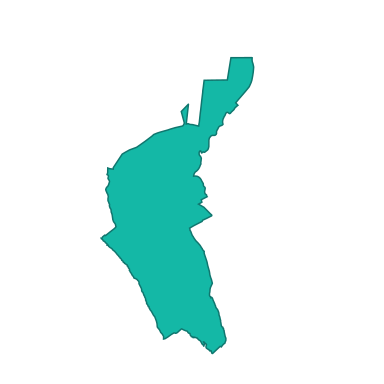 outline of Santa Cruz Tlaxcala, Tlaxcala, Mexico, rotated 22°
{"feature_id": "50627088B88725263381209", "entity_name": "Santa Cruz Tlaxcala", "entity_type": "district", "adm_level": 2, "iso_a3": "MEX", "parent_name": "Mexico", "parent_adm1": "Tlaxcala", "projection": "equal_earth", "projection_center": [-98.126, 19.361], "detail": "fine", "context": "isolated", "style": "filled", "palette": "teal", "viewbox_px": 384, "rotation_deg": 22, "n_neighbors": 0, "source": "geoboundaries", "source_scale": "gbopen_adm2", "svg_char_len": 6117}
<svg xmlns="http://www.w3.org/2000/svg" viewBox="0 0 384 384"><g transform="rotate(22 192 192)"><path d="M135.0,153.0L133.9,155.3L129.4,162.8L123.9,171.3L118.3,176.4L115.3,180.1L113.1,183.0L109.9,198.9L110.4,200.3L107.1,201.2L104.9,201.3L106.6,205.7L106.7,207.7L108.1,207.9L108.6,208.5L108.8,209.9L109.1,211.0L110.1,211.8L110.8,212.2L111.4,212.8L111.7,213.6L111.8,215.1L111.9,216.9L111.9,217.6L111.7,218.2L111.1,219.8L111.0,220.9L111.1,222.0L111.4,222.5L111.9,223.1L112.4,223.6L114.0,225.2L115.0,225.9L115.5,226.8L116.1,227.5L116.6,229.7L117.3,231.4L117.9,232.1L118.6,232.7L119.5,233.8L119.9,234.0L120.3,234.6L120.4,235.3L121.1,236.5L121.3,236.8L121.9,237.2L122.3,237.8L123.1,238.2L123.6,238.8L124.1,239.9L124.7,241.0L125.7,242.0L126.6,243.2L128.9,247.2L130.4,248.9L132.4,250.1L133.3,250.9L134.0,252.1L134.6,252.7L133.9,254.6L133.1,256.1L131.1,259.5L128.2,264.7L128.1,264.8L127.4,264.6L127.2,264.8L125.9,267.2L125.8,268.6L125.7,268.7L125.1,268.9L125.5,269.3L125.9,269.3L126.8,269.6L127.4,269.9L127.8,270.4L128.5,270.6L129.3,270.6L130.0,270.8L130.6,271.4L132.4,271.8L132.8,272.2L133.0,273.1L133.3,273.1L133.8,272.6L134.1,272.7L134.5,272.9L134.7,273.3L135.1,273.6L136.6,274.1L138.8,274.5L139.6,274.9L140.1,275.3L141.2,275.7L142.0,275.8L144.1,276.8L146.3,278.1L147.4,278.5L148.8,279.4L149.2,279.4L149.9,279.8L150.1,280.2L150.8,280.3L152.0,281.0L152.3,281.3L152.4,281.6L153.7,281.9L154.2,282.2L154.4,282.7L154.8,282.8L155.8,282.9L156.0,283.1L156.1,283.4L156.2,283.5L156.8,283.4L158.4,283.9L159.1,283.9L159.5,284.1L159.7,284.4L159.7,284.8L160.5,285.0L161.4,286.1L162.8,286.8L163.1,287.3L163.3,288.2L164.2,288.7L165.1,289.6L166.3,290.2L166.7,290.7L167.3,291.1L168.0,291.8L168.9,292.1L169.4,292.4L170.1,293.2L170.4,293.5L171.7,293.5L172.0,293.4L173.1,293.6L173.5,293.6L174.0,293.8L175.0,294.4L175.7,294.6L176.2,295.0L176.6,295.5L176.9,296.0L177.2,296.9L181.2,300.4L182.0,301.6L182.3,302.4L183.1,303.2L183.5,303.3L183.8,303.3L184.3,303.6L185.0,304.6L185.8,305.3L186.2,305.9L186.8,306.1L187.3,306.9L188.5,307.9L189.1,308.6L189.3,309.0L189.4,309.5L190.2,310.1L190.6,310.8L191.3,311.3L191.7,312.4L191.8,312.6L192.7,312.9L193.3,313.4L194.4,314.6L195.0,314.5L195.4,314.9L195.6,315.5L196.8,316.3L197.1,316.8L199.1,317.9L202.5,320.7L204.3,321.7L207.3,325.0L208.9,327.2L210.3,330.0L210.8,330.5L212.7,331.5L213.8,332.2L215.6,333.9L217.7,334.9L219.7,336.5L219.9,336.9L220.7,339.0L222.0,338.1L224.1,335.2L226.1,332.0L228.0,329.5L228.3,329.3L229.4,329.2L229.9,329.0L230.2,328.8L230.6,328.4L231.1,327.8L232.0,325.9L233.5,322.9L234.2,322.8L236.1,323.0L238.5,323.0L239.2,322.8L240.0,323.0L241.1,323.9L241.5,324.0L242.0,324.1L242.9,323.9L243.1,324.0L243.8,325.1L244.4,325.6L245.1,325.9L245.7,326.4L246.2,326.1L246.8,326.1L247.4,326.6L247.6,326.6L248.6,326.1L248.4,325.8L249.0,325.6L250.9,325.6L251.1,325.4L253.7,326.6L255.2,326.8L256.2,327.4L258.3,329.2L259.4,329.5L260.6,330.4L260.8,330.1L260.4,329.7L260.3,329.4L260.7,328.5L260.6,328.0L260.2,327.6L259.2,327.1L258.9,326.7L259.4,326.6L260.5,327.2L262.2,327.7L262.6,328.1L262.8,329.7L263.0,330.4L263.6,331.2L264.3,331.5L266.8,332.0L268.2,332.7L268.6,332.5L268.8,332.1L269.4,332.2L270.5,333.8L271.1,334.1L271.6,334.0L275.9,324.6L276.6,324.6L277.2,324.7L277.3,324.5L277.6,323.0L278.3,321.1L279.1,320.0L279.1,319.6L279.0,319.0L279.0,318.7L279.0,317.0L278.3,315.1L277.6,314.2L277.0,313.7L274.1,309.4L274.0,309.1L273.6,308.4L273.0,307.9L272.7,307.5L272.4,306.9L272.0,306.9L271.7,306.6L271.4,305.9L270.2,305.7L269.8,305.5L268.9,304.4L267.8,302.5L267.2,301.7L266.5,300.1L266.1,299.8L264.6,297.5L263.4,296.2L263.0,295.6L262.2,294.1L261.4,293.1L259.7,291.4L258.2,290.6L257.2,289.9L256.4,288.7L255.4,287.8L254.9,287.1L251.9,284.2L250.8,282.9L250.0,282.4L249.7,282.4L249.4,282.5L249.1,283.1L248.9,283.1L248.8,282.9L248.8,282.3L248.6,282.1L247.7,282.0L247.0,281.4L246.1,279.2L246.1,278.7L246.0,278.1L245.1,275.2L244.9,273.6L245.0,271.0L245.1,269.2L245.0,268.9L243.1,266.3L242.5,265.5L241.9,265.0L239.9,262.5L239.2,261.5L239.0,261.0L237.7,258.9L234.2,254.4L232.3,251.5L231.1,250.0L226.8,245.0L225.9,243.7L225.8,243.1L225.5,242.4L224.7,242.2L223.1,241.2L222.6,240.6L221.3,239.9L220.7,239.3L219.2,238.3L216.7,237.0L213.7,235.7L211.1,234.0L209.6,232.8L208.7,232.3L207.4,231.0L205.5,228.9L204.5,228.3L203.8,226.9L203.3,226.4L206.5,222.3L212.3,215.6L212.4,215.3L212.4,214.3L212.6,214.0L215.6,210.8L219.1,206.8L219.1,206.2L218.8,205.9L217.1,205.3L208.8,201.7L202.6,200.8L205.0,197.8L203.5,195.7L207.8,190.7L207.3,190.4L206.6,189.3L204.8,188.7L204.3,188.2L203.5,186.8L203.2,185.1L202.8,183.5L202.2,182.8L200.9,182.4L200.2,181.7L199.2,179.9L196.6,177.9L195.9,177.2L194.6,176.3L193.0,175.7L191.8,175.5L190.9,175.5L189.7,175.8L188.3,176.3L187.6,176.7L187.3,175.6L187.2,174.5L187.2,173.8L187.6,172.0L188.3,171.1L188.8,170.0L189.2,168.9L189.5,167.8L189.7,166.0L189.7,164.8L189.6,164.1L189.8,163.1L189.6,162.3L189.1,161.4L188.8,160.0L188.0,157.2L186.5,155.7L185.6,155.4L184.8,154.8L184.1,153.5L183.7,152.3L183.8,152.0L183.9,151.3L184.1,150.9L184.7,150.7L186.2,152.2L186.6,152.0L186.8,151.2L187.2,150.8L187.5,150.6L188.3,150.7L188.9,150.3L190.7,147.2L190.9,145.9L190.6,143.6L188.2,137.5L187.9,135.5L188.4,133.6L188.9,132.5L190.0,131.7L191.2,131.3L192.1,130.8L192.8,129.6L192.8,128.4L192.2,127.2L192.0,125.9L192.3,124.0L192.4,122.0L192.9,120.7L194.8,118.9L195.4,117.8L195.0,117.0L194.1,115.7L193.6,113.7L193.5,112.7L193.6,111.1L193.6,109.9L193.9,108.9L193.9,106.6L194.2,105.4L194.9,104.9L195.5,104.8L197.3,105.3L197.7,105.1L198.1,104.6L198.6,103.0L200.0,100.0L200.3,98.0L200.5,97.5L201.9,94.7L202.1,94.4L199.1,92.9L200.8,87.7L203.8,78.9L205.6,73.1L205.7,71.4L205.8,68.3L205.6,65.8L204.8,61.8L203.9,58.0L203.0,55.0L202.5,53.4L202.1,52.6L200.3,50.0L199.4,49.0L198.6,47.8L198.0,46.5L197.5,45.0L197.1,45.0L177.8,52.9L182.8,74.9L168.2,81.0L161.4,83.9L163.1,90.2L164.1,94.2L164.6,95.6L166.8,103.7L169.3,112.6L170.0,115.3L172.7,124.8L172.9,126.0L173.5,128.4L167.3,129.3L164.8,130.1L162.8,130.1L161.2,131.1L155.9,112.2L155.7,112.1L151.9,121.4L158.6,130.3L159.1,131.1L159.0,133.1L158.6,134.3L152.4,138.6L148.6,141.6L146.3,143.6L140.7,147.9L137.9,150.2L135.0,153.0Z" fill="#14b8a6" stroke="#0f766e" stroke-width="1.5"/></g></svg>